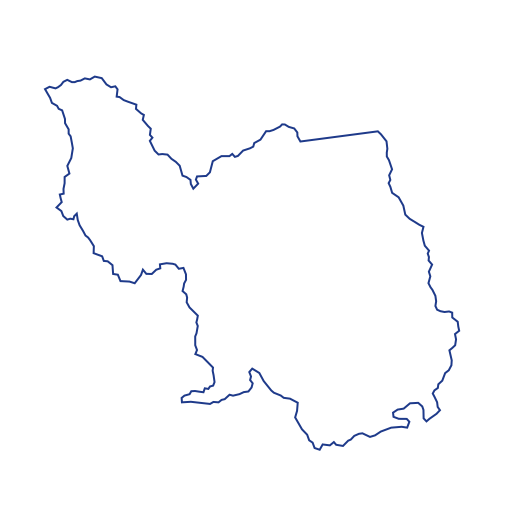 Pantano Grande, Rio Grande do Sul, Brazil (Albers equal-area conic projection), rotated 172°
{"feature_id": "56859067B18096093971388", "entity_name": "Pantano Grande", "entity_type": "district", "adm_level": 2, "iso_a3": "BRA", "parent_name": "Brazil", "parent_adm1": "Rio Grande do Sul", "projection": "albers", "projection_center": [-52.342, -30.265], "detail": "fine", "context": "isolated", "style": "outline", "palette": "blue", "viewbox_px": 512, "rotation_deg": 172, "n_neighbors": 0, "source": "geoboundaries", "source_scale": "gbopen_adm2", "svg_char_len": 3627}
<svg xmlns="http://www.w3.org/2000/svg" viewBox="0 0 512 512"><g transform="rotate(172 256 256)"><path d="M437.8,318.3L434.8,318.8L431.7,317.8L430.5,320.7L427.6,322.9L427.5,316.4L426.4,311.0L423.7,304.7L422.0,300.0L419.7,297.7L418.1,294.8L415.2,288.3L416.4,281.4L408.4,277.1L407.4,272.3L403.6,271.4L399.4,266.9L400.0,258.1L395.4,256.7L393.7,250.0L384.9,248.3L379.9,245.9L372.5,253.2L369.9,258.2L367.1,253.6L361.7,252.7L356.7,256.3L352.5,257.1L352.3,261.1L345.6,261.3L339.6,259.9L337.0,258.7L334.2,254.1L329.5,254.3L327.9,247.6L328.6,242.1L331.0,238.8L331.9,235.7L333.6,231.5L330.4,227.8L330.0,224.4L331.1,219.8L329.0,214.3L326.4,210.9L321.9,205.0L323.1,201.4L324.3,198.5L323.4,194.8L325.7,187.7L327.4,184.8L328.1,179.6L328.6,176.1L327.5,171.1L329.7,167.3L323.0,163.5L314.1,151.5L314.9,148.4L314.6,143.8L314.6,136.9L316.5,133.6L319.7,133.2L321.7,131.0L325.1,132.1L327.0,128.4L331.3,129.6L335.2,130.8L338.9,131.1L341.0,128.4L346.3,127.7L349.4,125.8L349.7,121.4L340.8,120.7L322.1,115.9L318.5,117.4L313.5,116.3L310.1,118.3L306.9,118.6L301.5,122.3L298.2,120.9L291.6,121.5L287.1,122.9L282.4,122.9L278.7,126.4L277.0,130.4L279.1,134.0L277.7,137.4L278.8,142.0L275.4,145.0L269.0,139.7L265.8,131.1L259.6,120.7L257.3,118.1L250.9,114.4L248.3,111.7L242.2,110.0L235.1,104.9L236.9,96.9L239.7,90.7L234.6,78.0L230.2,71.9L229.0,66.1L225.9,63.3L224.7,57.7L219.9,55.3L216.2,60.1L209.2,58.2L204.8,60.9L202.9,57.9L196.3,55.8L190.4,60.3L187.7,61.0L183.7,64.2L178.8,65.6L175.3,65.6L168.3,61.0L163.1,61.8L156.8,64.8L146.0,67.2L135.5,66.6L130.2,65.0L127.2,70.5L129.4,73.7L137.3,74.9L142.2,77.6L142.1,81.8L137.1,84.2L131.0,84.3L124.0,88.7L115.8,88.0L112.3,83.9L111.6,80.3L112.6,71.9L110.2,68.5L106.8,70.7L99.2,74.6L95.3,77.7L97.1,81.3L97.0,86.0L98.8,91.6L100.1,95.2L98.0,98.1L94.3,100.0L93.3,103.6L88.9,106.6L85.0,113.7L81.0,116.0L77.7,120.6L76.7,125.4L77.6,135.7L74.6,137.5L71.2,139.9L69.5,145.6L69.8,151.0L65.2,153.7L65.5,158.0L65.4,162.8L70.2,167.8L69.6,172.6L72.5,174.2L77.1,174.3L81.1,175.7L84.1,177.6L85.3,181.5L83.9,186.1L83.9,191.6L86.0,197.9L87.5,200.7L89.0,205.1L86.2,211.6L87.0,216.4L82.8,223.0L85.7,227.5L84.9,230.9L85.6,234.5L83.9,237.2L87.4,242.7L88.1,248.0L88.5,255.7L86.1,261.6L89.8,264.1L98.7,271.5L102.4,276.2L103.1,285.4L106.6,294.3L112.4,299.6L113.3,305.7L114.5,309.7L112.4,312.6L112.9,317.4L109.2,322.9L111.0,332.4L112.6,336.3L112.1,340.2L111.0,343.9L110.8,351.4L115.3,359.1L118.0,362.5L196.1,363.2L198.3,368.8L197.9,372.6L200.4,377.0L205.6,379.3L209.1,382.2L211.8,382.7L214.2,380.8L221.1,378.4L225.2,377.7L228.6,378.2L235.4,370.6L242.0,368.1L243.5,364.7L246.9,363.5L254.1,362.2L260.0,357.6L263.1,357.1L265.3,360.4L268.4,358.6L276.3,359.7L285.6,355.9L290.0,345.3L294.1,342.2L303.3,343.0L304.9,340.0L303.2,335.7L308.7,331.4L310.5,336.4L310.3,340.5L313.9,343.9L317.6,345.8L319.0,356.0L322.3,360.4L326.2,364.0L329.5,368.7L334.6,370.0L338.4,370.1L341.7,374.4L345.1,384.8L342.1,387.6L344.2,390.7L342.5,396.7L344.9,399.8L349.2,406.6L347.4,411.3L349.9,413.2L354.4,418.4L353.4,422.5L361.5,426.7L365.3,428.8L369.0,432.4L371.8,433.2L369.9,440.3L371.7,443.6L376.1,443.3L380.2,446.7L384.0,453.6L390.7,456.1L395.9,454.0L400.8,455.7L405.4,454.1L408.6,454.1L411.3,453.4L414.1,453.8L418.4,456.7L422.5,455.3L425.3,452.5L428.6,450.7L431.2,449.9L436.9,452.3L441.7,450.6L439.6,445.4L437.9,441.3L436.8,436.0L432.1,432.4L430.9,429.2L427.7,427.2L426.1,418.3L426.6,414.1L423.9,407.5L424.5,403.2L422.9,400.3L422.6,393.9L422.4,388.1L425.3,378.7L430.3,371.5L429.3,363.6L434.5,360.9L435.4,354.7L437.3,349.2L437.8,344.5L441.7,344.2L441.4,340.3L440.9,336.4L446.8,331.8L442.5,327.6L441.3,322.4L437.8,318.3Z" fill="none" stroke="#1e3a8a" stroke-width="2"/></g></svg>